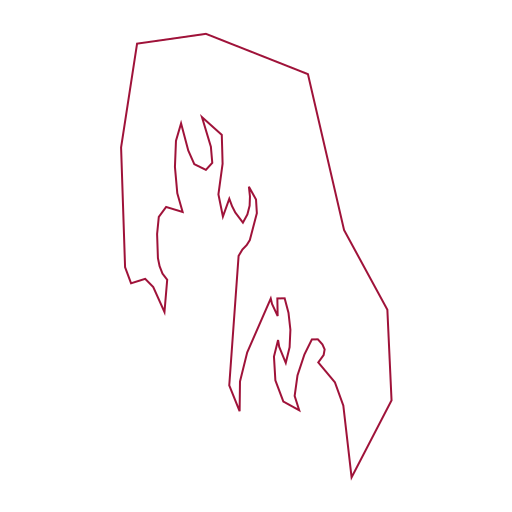 outline of Reykjavík, rotated 269°
{"feature_id": "ISL-5131", "entity_name": "Reykjavík", "entity_type": "Region", "adm_level": 1, "iso_a3": "ISL", "parent_name": "Iceland", "parent_adm1": "", "projection": "equal_earth", "projection_center": [-21.878, 64.139], "detail": "fine", "context": "isolated", "style": "outline", "palette": "rose", "viewbox_px": 512, "rotation_deg": 269, "n_neighbors": 0, "source": "natural_earth", "source_scale": "10m", "svg_char_len": 1136}
<svg xmlns="http://www.w3.org/2000/svg" viewBox="0 0 512 512"><g transform="rotate(269 256 256)"><path d="M33.0,347.7L104.9,340.7L128.3,332.7L148.5,316.4L155.8,321.9L161.4,323.0L166.4,320.9L171.6,316.4L171.6,310.4L156.7,302.7L135.9,295.4L115.4,292.2L101.0,296.5L110.0,280.8L131.3,273.2L155.1,272.2L171.6,276.6L164.8,277.6L148.6,283.9L164.2,288.0L181.6,289.1L198.6,287.5L213.2,283.9L213.2,276.6L195.6,276.6L207.8,271.2L213.2,270.0L159.7,245.5L130.8,237.8L101.1,236.9L127.1,227.0L256.4,238.6L262.7,242.5L267.1,246.9L272.0,250.1L298.8,257.6L312.5,257.0L325.4,250.1L315.6,251.0L306.4,250.5L297.7,248.1L289.6,243.5L299.9,236.0L306.3,232.9L313.7,230.3L296.0,223.6L318.3,219.5L348.8,224.2L360.3,224.1L377.7,223.9L395.8,204.4L366.0,212.8L349.9,213.9L343.0,207.4L348.9,195.9L362.7,190.1L389.9,183.4L372.6,178.0L346.5,176.5L320.1,178.4L301.3,183.4L306.6,167.0L296.8,159.5L279.7,157.5L255.6,157.9L247.6,159.4L240.0,162.2L233.8,166.8L201.6,163.5L226.8,152.7L235.1,144.8L230.9,130.6L247.1,124.9L366.9,123.0L470.4,140.8L479.0,209.8L436.9,311.1L280.4,344.5L200.0,386.4L109.3,389.0L33.0,347.7Z" fill="none" stroke="#9f1239" stroke-width="2"/></g></svg>